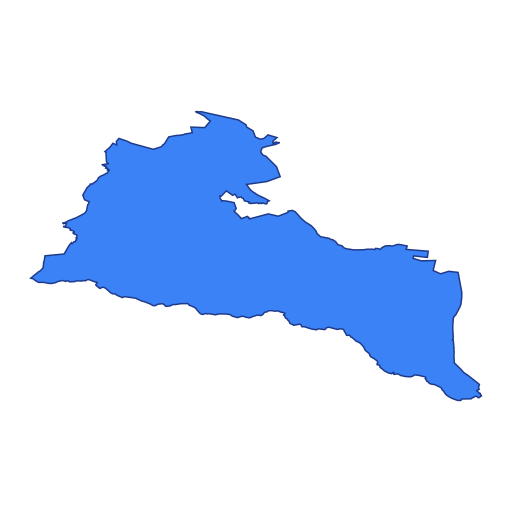 the district of Rubas pag., Saldus, Latvia
{"feature_id": "27541924B9858590897676", "entity_name": "Rubas pag.", "entity_type": "district", "adm_level": 2, "iso_a3": "LVA", "parent_name": "Latvia", "parent_adm1": "Saldus", "projection": "robinson", "projection_center": [22.561, 56.414], "detail": "fine", "context": "isolated", "style": "filled", "palette": "blue", "viewbox_px": 512, "rotation_deg": 0, "n_neighbors": 0, "source": "geoboundaries", "source_scale": "gbopen_adm2", "svg_char_len": 6034}
<svg xmlns="http://www.w3.org/2000/svg" viewBox="0 0 512 512"><path d="M195.9,111.7L196.1,112.1L196.9,112.6L198.1,112.9L203.8,115.7L208.7,119.9L210.4,121.0L204.7,127.6L190.9,127.1L192.3,132.8L184.6,134.1L184.5,134.3L182.8,134.8L178.5,135.4L176.6,135.4L168.7,136.9L164.5,143.7L162.8,144.9L161.4,146.7L153.3,149.3L131.1,143.2L127.3,141.3L119.0,138.4L116.4,141.3L116.7,144.9L112.9,143.3L110.0,147.2L104.9,151.6L105.9,152.2L106.5,161.9L108.2,163.7L102.4,164.7L102.9,165.4L104.5,165.3L104.5,166.3L105.9,166.2L105.8,167.1L106.8,167.4L106.7,167.8L106.1,168.2L107.2,168.5L108.1,169.1L107.6,169.7L108.7,169.7L109.3,170.0L109.3,170.3L108.0,170.6L108.2,171.6L107.3,173.1L106.0,173.4L104.7,174.4L100.2,176.4L98.7,177.6L98.2,178.0L97.8,179.2L97.2,180.2L94.8,182.2L93.1,183.2L92.4,184.1L91.3,183.9L90.1,184.2L90.0,185.0L87.1,187.6L82.8,195.1L84.6,199.8L89.3,201.8L87.6,205.3L86.5,210.8L85.1,212.8L83.9,213.7L76.5,217.6L67.8,221.0L66.0,222.2L62.9,223.0L63.0,223.5L63.4,223.7L65.8,223.1L66.5,223.2L66.7,223.5L65.9,224.8L65.5,226.3L63.9,226.3L63.6,226.5L63.7,226.8L65.0,227.2L68.3,227.7L70.0,228.5L70.3,229.0L70.1,230.0L70.3,230.2L72.7,230.6L74.1,231.7L74.3,232.1L73.1,232.8L73.2,233.3L74.1,233.9L76.8,234.9L76.9,236.9L76.2,237.7L76.9,238.2L76.3,238.6L76.5,239.7L75.6,240.3L75.5,241.6L73.7,241.9L72.2,243.7L71.6,243.5L71.3,242.8L69.0,245.6L64.1,254.0L45.0,255.8L44.3,260.2L43.7,262.2L43.1,267.9L42.8,268.0L40.5,270.7L38.5,271.8L30.7,278.2L33.4,278.9L35.5,280.7L38.6,282.4L42.8,282.3L49.9,283.5L52.4,283.4L53.6,282.9L54.5,283.0L58.5,281.3L63.0,280.5L65.7,281.5L67.1,280.7L67.7,280.6L68.9,281.5L70.0,281.8L74.8,281.6L75.9,281.0L76.8,280.9L82.0,281.0L83.3,280.5L85.3,280.8L86.3,280.4L86.9,279.8L87.4,279.6L89.3,279.7L94.8,281.9L96.9,282.3L97.3,283.0L95.8,284.5L95.9,285.1L97.1,286.3L99.5,288.2L100.3,288.4L101.4,287.7L102.8,287.2L104.1,287.5L106.1,288.5L106.3,289.0L110.7,292.8L112.7,293.8L115.1,293.9L117.0,295.3L122.4,297.6L124.4,296.6L136.4,298.3L136.8,298.8L141.9,301.1L144.9,301.9L150.9,304.3L152.5,305.4L154.3,305.7L155.1,305.7L158.0,304.2L162.1,303.7L164.2,304.5L165.4,306.1L167.0,306.3L170.1,305.9L173.0,304.5L175.0,304.6L180.7,303.7L187.4,303.6L188.2,303.8L189.4,305.4L191.3,305.9L194.7,307.5L195.6,308.3L199.6,313.0L200.6,313.8L202.3,314.4L203.2,314.4L205.7,313.4L207.2,314.0L209.6,313.7L215.3,314.8L218.0,314.1L220.2,313.9L226.1,314.0L230.3,314.6L232.2,316.1L237.0,317.5L237.9,317.5L241.6,316.3L244.1,316.5L245.7,317.2L249.2,317.8L250.4,317.6L252.8,316.5L257.0,315.2L259.4,315.2L260.3,315.6L261.6,315.3L262.9,314.4L264.5,312.3L267.1,311.8L268.4,310.8L271.6,310.6L274.8,311.2L278.2,310.9L279.1,311.5L280.6,311.9L281.1,312.3L283.3,312.5L284.8,313.1L284.9,313.9L283.8,314.5L283.5,315.0L284.4,315.7L285.0,316.6L285.4,317.9L287.1,319.0L287.8,320.1L288.9,321.0L289.7,323.0L290.7,323.8L292.2,324.3L293.6,325.3L299.8,324.2L301.0,324.8L301.6,326.4L302.0,326.8L304.2,326.7L311.5,329.0L316.4,329.8L318.5,328.8L324.5,329.6L325.5,329.2L326.4,327.8L327.9,327.3L329.8,327.4L336.7,329.3L338.2,329.3L340.3,328.8L343.2,329.3L344.0,330.0L344.3,331.5L345.6,333.1L346.5,335.2L347.4,335.4L349.5,335.1L350.2,336.0L350.6,336.9L352.3,337.6L356.3,341.3L358.7,342.2L360.8,343.7L363.6,346.9L364.8,349.5L365.4,350.5L369.1,353.5L369.8,354.9L369.8,355.4L370.5,356.6L374.8,359.1L377.3,361.1L377.8,362.7L377.1,363.6L377.1,364.7L379.6,365.2L380.0,367.2L380.4,367.7L382.1,368.8L384.3,370.8L388.5,373.0L391.7,373.7L392.8,372.5L393.5,372.4L393.9,372.6L393.5,373.7L393.9,374.3L394.5,374.4L396.8,373.9L398.5,374.1L400.7,375.5L405.9,376.6L410.7,376.8L412.5,376.2L414.8,374.9L418.4,375.3L425.3,376.9L425.7,377.2L425.8,378.0L425.2,378.6L426.5,380.2L426.6,381.1L428.1,381.9L429.4,383.4L430.8,384.0L434.7,384.6L440.1,387.2L441.6,388.3L442.0,389.7L443.3,390.8L445.6,394.2L447.6,395.9L451.8,398.3L457.2,400.3L460.1,400.5L461.0,400.3L461.4,399.3L462.3,399.0L471.2,398.8L472.0,398.1L475.7,396.2L477.0,396.5L477.9,397.6L479.1,397.6L479.6,397.4L480.5,396.3L481.3,396.0L481.0,395.6L481.2,395.3L481.1,395.0L480.6,394.8L480.3,393.8L479.9,393.5L480.0,393.3L478.7,392.7L478.7,392.4L476.7,390.8L477.0,390.4L479.2,389.4L478.5,387.6L479.4,384.4L468.3,375.6L463.8,372.6L460.9,369.3L454.3,362.9L454.0,357.0L453.9,357.0L454.1,351.5L453.9,349.7L454.0,347.9L453.9,347.9L453.3,340.0L453.2,339.6L452.4,339.7L453.3,337.6L452.8,329.7L452.8,325.1L453.4,317.7L454.6,316.1L454.5,315.9L455.8,314.8L459.9,307.0L460.9,304.4L461.7,297.9L461.8,292.4L458.1,272.4L448.8,271.3L440.5,273.8L433.3,270.6L433.3,269.8L435.6,260.5L421.0,260.8L413.2,258.4L413.6,255.9L427.4,257.4L428.2,251.2L406.1,249.4L407.2,246.0L399.7,244.5L397.2,244.5L392.4,246.1L388.9,245.6L386.9,246.0L386.0,245.7L382.2,247.4L380.4,249.3L378.0,248.6L375.5,248.4L374.8,249.6L373.1,249.2L367.7,249.2L362.8,249.8L353.6,249.9L348.4,249.0L347.6,249.1L344.2,248.0L342.1,245.9L337.8,244.6L335.7,241.7L333.1,239.9L330.3,239.2L329.0,238.3L320.5,236.7L316.9,233.4L316.3,231.4L313.8,228.3L311.1,225.6L305.3,222.0L301.1,218.3L295.2,211.7L292.3,210.4L288.0,211.1L288.0,212.4L278.2,216.2L268.3,213.9L249.5,218.9L248.9,218.5L249.1,217.9L248.9,217.5L248.3,217.3L247.4,216.4L241.5,218.6L240.9,218.3L240.7,218.1L240.9,218.0L237.5,214.4L234.1,211.3L234.9,210.5L236.2,208.4L234.1,202.6L226.1,201.0L222.5,200.7L222.0,201.2L220.1,198.2L220.0,195.9L221.2,196.2L226.3,190.9L232.6,195.3L235.2,194.2L237.4,197.8L240.8,196.8L241.8,197.7L243.3,198.5L244.4,200.8L249.4,202.1L248.9,203.0L250.4,203.5L255.2,203.1L256.2,202.7L257.2,202.9L258.5,203.6L259.4,203.1L261.5,203.6L261.9,203.4L262.2,202.9L265.3,203.8L266.3,203.9L267.0,203.5L266.9,202.8L267.7,201.5L269.2,200.8L264.3,198.1L257.8,195.1L251.8,191.1L249.6,188.8L246.5,184.4L266.7,181.6L280.2,176.7L276.5,166.7L265.9,156.2L263.3,155.3L262.5,154.5L260.7,151.8L262.1,147.9L266.3,146.5L275.3,144.5L279.8,142.6L277.3,142.5L276.1,142.0L275.2,142.3L274.6,143.3L273.2,143.6L272.9,143.1L273.7,142.5L273.0,142.3L272.8,141.2L277.0,137.6L268.0,134.9L264.0,138.4L260.4,139.2L255.4,137.1L253.1,130.9L246.6,127.0L246.0,124.8L238.5,120.0L201.3,111.7L199.4,111.9L196.7,111.5L195.9,111.7Z" fill="#3b82f6" stroke="#1e3a8a" stroke-width="1.5"/></svg>